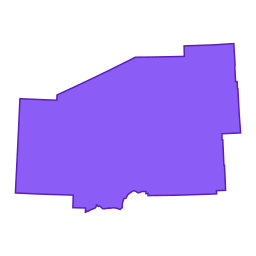 Matanuska-Susitna, Alaska, United States of America (orthographic projection)
{"feature_id": "52423323B34523976645917", "entity_name": "Matanuska-Susitna", "entity_type": "district", "adm_level": 2, "iso_a3": "USA", "parent_name": "United States of America", "parent_adm1": "Alaska", "projection": "orthographic", "projection_center": [-149.802, 62.337], "detail": "fine", "context": "isolated", "style": "filled", "palette": "violet", "viewbox_px": 256, "rotation_deg": 0, "n_neighbors": 0, "source": "geoboundaries", "source_scale": "gbopen_adm2", "svg_char_len": 1271}
<svg xmlns="http://www.w3.org/2000/svg" viewBox="0 0 256 256"><path d="M15.4,193.0L45.5,194.3L73.2,195.1L72.9,207.7L85.5,208.0L85.4,212.4L85.9,212.3L86.2,211.9L86.3,211.6L86.4,211.4L86.4,211.2L86.5,211.1L87.1,211.4L88.2,211.2L89.8,210.4L90.0,210.1L90.6,209.8L94.7,208.3L95.4,207.7L95.8,207.2L96.1,206.6L96.4,205.1L96.6,204.9L97.0,205.0L97.6,205.9L98.3,206.4L98.9,206.2L99.9,206.1L101.2,207.4L102.2,208.3L102.6,208.6L103.1,208.8L104.7,208.8L105.7,208.5L107.8,208.4L108.6,208.2L108.9,208.1L108.9,207.9L109.5,207.9L110.0,208.4L110.6,208.2L112.4,207.8L114.9,207.9L116.9,208.3L120.0,209.5L122.3,207.6L122.4,203.2L123.1,201.1L123.8,198.8L126.2,198.0L127.6,194.9L129.1,193.7L132.9,190.9L135.4,191.1L137.6,192.7L139.3,192.7L141.8,191.5L145.9,191.5L145.9,193.6L148.0,193.5L148.0,195.6L172.3,195.3L173.0,195.3L187.3,194.9L216.6,193.9L216.5,190.7L225.6,190.3L224.5,165.2L223.9,165.2L222.8,140.0L222.1,140.1L221.9,133.8L240.6,132.9L239.2,114.0L237.9,88.9L237.5,88.9L237.1,81.6L235.6,81.7L234.8,66.4L235.1,65.5L233.8,43.6L217.3,44.6L213.5,44.9L184.1,45.9L184.3,56.4L175.0,56.6L148.8,57.1L135.4,57.2L111.4,69.2L96.2,76.6L77.9,85.3L57.0,95.0L56.8,100.2L48.1,99.9L22.0,98.8L20.1,98.6L19.9,99.2L18.5,130.1L16.8,164.7L15.4,193.0Z" fill="#8b5cf6" stroke="#5b21b6" stroke-width="1.5"/></svg>